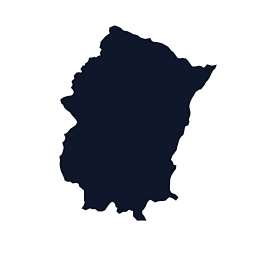 outline of São Tomé das Letras, Minas Gerais, Brazil, rotated 23°
{"feature_id": "56859067B94520469666233", "entity_name": "São Tomé das Letras", "entity_type": "district", "adm_level": 2, "iso_a3": "BRA", "parent_name": "Brazil", "parent_adm1": "Minas Gerais", "projection": "natural_earth1", "projection_center": [-44.96, -21.74], "detail": "fine", "context": "isolated", "style": "filled", "palette": "ink", "viewbox_px": 256, "rotation_deg": 23, "n_neighbors": 0, "source": "geoboundaries", "source_scale": "gbopen_adm2", "svg_char_len": 2696}
<svg xmlns="http://www.w3.org/2000/svg" viewBox="0 0 256 256"><g transform="rotate(23 128 128)"><path d="M179.8,205.8L176.9,203.4L174.0,201.9L172.7,199.0L173.8,195.7L174.2,192.8L174.1,189.5L174.8,186.5L176.1,184.4L179.2,184.8L181.8,185.2L183.6,183.4L185.9,181.9L188.3,180.9L190.3,179.7L191.5,176.9L192.6,174.8L195.3,174.5L197.2,174.7L200.0,175.2L200.6,172.5L197.4,171.3L193.1,171.5L190.4,169.4L189.1,166.8L187.9,163.3L186.6,160.2L186.0,157.9L185.8,154.9L186.4,150.6L187.3,146.9L186.6,144.4L184.1,144.7L181.9,142.3L179.2,141.0L178.9,136.2L179.9,132.6L180.6,129.0L179.8,125.5L179.5,122.0L179.0,118.5L179.5,115.2L180.9,112.4L180.1,108.2L179.2,104.1L181.6,101.6L181.4,98.6L180.0,96.9L179.7,94.5L179.5,91.5L178.4,89.0L176.7,86.7L175.3,84.4L174.6,81.5L174.4,79.0L174.6,75.1L175.2,71.8L175.5,68.2L177.7,64.6L179.5,63.3L180.2,60.8L181.0,58.0L181.1,55.3L182.1,52.6L182.7,49.1L182.8,45.0L183.2,41.3L184.3,38.9L184.3,36.4L181.7,38.4L178.6,39.0L176.4,39.2L175.8,41.7L174.3,43.9L171.7,43.2L169.4,43.5L167.7,44.8L165.5,46.1L162.8,47.1L160.0,45.3L157.5,43.7L154.0,42.2L150.7,43.1L148.6,44.6L145.8,44.7L142.6,42.8L139.7,41.0L137.2,40.6L135.2,39.4L133.1,38.3L131.0,38.0L129.0,37.8L126.6,37.5L123.3,37.9L120.1,38.7L117.8,39.5L115.4,39.1L113.2,37.3L111.1,38.9L109.1,40.1L106.5,40.4L103.8,40.6L101.2,39.7L98.9,39.8L96.1,40.4L93.1,40.0L89.6,39.9L87.5,40.5L85.3,40.8L82.4,39.5L79.2,39.2L75.8,39.6L72.5,43.1L73.3,45.8L75.1,47.8L73.3,50.8L72.0,52.9L71.1,55.8L69.9,59.3L70.7,62.2L71.0,64.6L73.8,65.2L73.5,69.5L75.4,71.8L72.7,74.1L71.6,76.3L69.4,76.4L67.8,77.9L65.6,78.8L66.0,82.6L64.2,85.5L64.8,88.0L62.7,88.6L62.0,92.0L64.5,93.7L63.9,96.0L61.3,96.5L59.5,97.7L58.5,100.9L60.3,103.4L58.6,106.8L61.0,109.8L60.5,112.8L62.5,113.7L64.5,115.2L65.1,118.1L64.0,120.5L61.6,122.0L59.8,123.2L57.4,125.2L55.4,128.2L57.3,130.7L59.8,131.5L61.7,133.5L65.0,134.8L68.4,135.4L70.7,136.8L73.2,138.1L76.0,139.4L78.0,140.5L79.9,142.6L79.4,146.2L77.6,149.0L76.0,151.4L75.0,154.6L74.0,157.3L72.5,158.7L74.9,161.0L75.2,164.5L74.1,167.1L75.5,168.8L77.1,170.5L77.7,174.0L78.1,178.0L76.8,181.0L78.7,183.7L79.8,187.5L81.3,190.3L83.6,193.3L86.5,196.0L88.8,198.1L90.6,200.3L93.5,200.3L95.9,199.0L98.3,199.9L100.2,198.9L101.9,197.8L104.7,198.0L106.5,200.3L109.4,201.1L112.3,202.0L113.7,204.8L114.9,207.9L116.3,211.1L118.0,213.3L118.2,216.6L117.6,219.4L120.7,219.6L122.4,217.9L123.8,216.1L126.5,216.0L129.5,214.7L133.2,215.6L136.4,214.2L138.4,212.1L139.2,207.5L140.4,203.3L142.2,201.1L144.7,201.5L146.7,202.9L148.0,204.9L150.2,204.7L150.5,208.6L153.2,209.7L155.6,206.6L158.7,205.2L160.5,201.9L163.2,202.0L165.5,201.5L166.8,204.3L167.7,206.7L170.0,207.6L172.7,208.9L176.2,207.2L179.8,205.8Z" fill="#0f172a" stroke="#020617" stroke-width="1.5"/></g></svg>